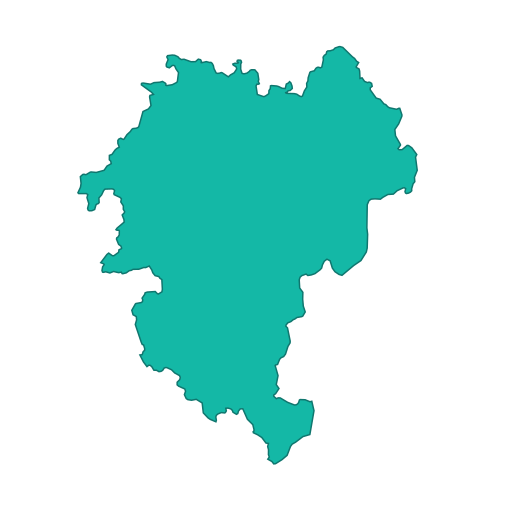 map outline of Thüringen (Albers equal-area conic projection), rotated 84°
{"feature_id": "DEU-1577", "entity_name": "Thüringen", "entity_type": "State", "adm_level": 1, "iso_a3": "DEU", "parent_name": "Germany", "parent_adm1": "", "projection": "albers", "projection_center": [10.909, 50.922], "detail": "fine", "context": "isolated", "style": "filled", "palette": "teal", "viewbox_px": 512, "rotation_deg": 84, "n_neighbors": 0, "source": "natural_earth", "source_scale": "10m", "svg_char_len": 5980}
<svg xmlns="http://www.w3.org/2000/svg" viewBox="0 0 512 512"><g transform="rotate(84 256 256)"><path d="M60.2,164.3L59.5,163.1L59.7,160.9L59.0,157.5L57.4,155.6L56.5,151.6L56.5,150.6L57.6,147.9L68.0,139.3L69.8,137.3L72.8,135.6L74.3,133.7L78.3,136.6L79.0,136.5L80.7,134.0L82.9,133.6L90.3,134.0L89.9,131.9L93.7,129.8L95.2,127.0L94.9,125.5L95.2,124.5L96.4,123.0L99.4,122.7L100.7,124.8L102.7,125.0L111.5,120.0L113.1,116.2L118.1,112.9L119.0,111.1L121.4,109.3L122.5,107.9L124.8,100.8L124.0,98.5L124.1,97.6L131.0,96.1L132.4,96.4L139.5,100.3L144.7,104.7L151.1,104.7L160.2,100.7L161.0,100.8L164.1,103.6L165.3,102.5L165.5,99.6L161.8,94.1L162.1,92.7L164.7,89.7L171.9,85.5L174.3,87.0L187.6,86.7L194.3,90.2L198.7,90.3L200.6,92.2L205.5,94.2L207.4,94.3L208.6,95.7L209.4,97.7L209.6,99.9L209.0,100.7L207.6,101.1L204.7,100.1L203.6,101.3L203.7,102.7L205.8,108.8L208.8,112.9L208.6,118.4L210.9,123.7L212.5,126.3L211.6,131.7L211.5,135.5L212.7,137.8L216.6,140.0L239.7,142.8L246.0,142.7L259.8,144.6L263.6,145.9L271.5,152.1L275.6,159.7L284.2,172.5L283.0,175.4L279.9,179.1L276.1,181.3L268.5,182.8L266.6,185.8L268.3,188.6L271.7,190.8L274.9,192.0L276.4,193.7L279.7,199.2L280.6,203.0L280.8,206.5L279.2,208.1L280.3,212.5L281.7,214.4L284.2,215.5L292.4,215.9L297.0,213.2L303.9,214.1L310.8,214.2L316.8,212.9L320.7,215.8L321.1,216.9L321.4,221.6L322.7,223.9L323.2,225.6L324.9,228.2L325.8,231.4L327.8,233.3L328.9,233.7L330.8,232.2L344.2,230.9L346.0,231.2L349.3,233.7L356.6,236.9L358.9,239.0L359.8,241.7L361.2,243.3L366.1,245.9L366.5,248.0L366.9,248.4L377.3,246.6L386.0,249.3L390.2,247.0L395.0,250.9L396.1,252.9L397.4,253.0L400.0,250.7L399.4,248.7L399.7,246.7L404.8,239.9L408.2,233.3L408.2,231.6L407.5,230.1L406.2,228.9L403.8,227.9L403.4,227.1L404.1,222.2L406.6,217.5L406.3,215.7L415.9,214.5L439.2,221.1L440.5,228.2L445.3,236.1L446.9,239.7L449.0,241.6L457.5,245.9L461.3,251.5L464.6,258.3L464.6,260.1L462.1,261.6L459.3,265.5L457.3,263.8L454.9,264.4L450.0,263.8L446.7,264.3L443.7,263.2L443.1,265.6L437.1,269.2L434.0,273.0L431.5,277.1L430.5,277.2L430.4,276.7L428.8,276.1L423.4,276.8L417.5,281.6L406.6,285.1L406.4,287.6L408.3,289.6L410.8,290.6L411.4,292.0L409.0,295.2L407.0,295.7L405.4,297.1L404.3,299.8L404.3,302.0L406.9,301.7L408.5,302.8L408.8,303.6L408.1,306.9L409.1,310.3L410.2,312.0L411.8,312.8L415.3,312.6L416.7,313.2L413.7,318.6L412.0,320.6L406.5,324.8L396.5,324.9L392.3,330.4L392.7,335.2L391.7,338.9L390.5,340.3L386.4,341.7L383.2,340.2L380.8,340.7L377.5,346.4L375.9,347.9L373.3,347.6L371.2,345.0L370.1,344.4L368.7,344.0L366.9,344.6L363.8,349.1L360.3,351.9L357.7,356.3L357.5,357.5L357.8,359.0L360.0,360.8L360.8,362.5L360.9,364.6L359.3,366.8L358.9,369.5L355.4,371.1L353.7,372.6L353.4,374.0L354.6,376.0L349.6,379.0L342.3,381.8L342.2,379.5L339.3,378.2L338.1,376.6L336.3,376.4L332.7,377.1L332.1,378.4L329.5,379.2L311.5,383.2L307.0,381.4L303.7,381.4L301.6,384.4L297.0,385.2L291.1,381.0L290.7,380.4L290.3,374.9L289.5,373.7L287.8,373.2L286.0,373.7L282.5,370.7L281.0,370.1L280.5,367.9L280.8,359.9L283.1,358.1L283.6,357.1L281.8,353.3L279.3,352.6L269.6,352.1L268.2,353.8L266.3,354.8L265.0,358.4L261.9,360.4L259.0,361.1L254.8,363.2L256.0,367.0L255.7,368.8L256.9,373.9L256.4,379.7L257.2,381.4L257.4,383.7L259.2,386.8L259.7,390.3L259.5,391.0L258.0,391.6L258.2,394.4L256.5,399.3L257.6,403.1L256.0,407.1L256.3,409.4L256.0,410.3L254.3,410.7L250.8,409.7L248.7,407.9L247.9,408.3L246.4,411.1L238.9,404.1L237.7,402.2L240.7,398.8L240.9,397.4L238.0,392.3L235.5,391.6L234.7,389.2L234.2,388.8L232.0,389.3L230.1,391.4L224.6,393.0L223.4,392.6L222.7,391.3L220.8,389.8L216.7,389.3L216.1,389.6L215.8,391.7L215.2,392.5L213.7,391.2L208.5,383.6L206.1,383.5L201.2,384.8L199.2,382.4L198.0,382.0L195.7,383.1L192.2,382.7L188.1,384.8L185.0,383.9L183.5,385.1L180.2,390.6L179.2,390.9L176.1,389.8L174.8,390.7L174.2,392.1L173.7,399.2L174.9,400.6L179.0,403.1L181.9,406.2L186.4,406.4L187.3,407.2L187.8,409.0L188.6,409.9L192.9,411.6L193.8,414.5L193.6,417.2L192.7,418.2L191.0,418.5L186.4,416.8L180.3,418.0L177.3,416.9L176.2,418.2L175.4,425.8L174.5,426.5L169.3,423.4L165.6,422.4L158.7,422.4L156.8,419.7L156.7,418.5L157.3,417.1L157.2,416.2L155.3,412.1L155.2,411.2L156.2,406.1L154.9,398.1L151.0,394.8L149.0,390.3L146.4,390.6L145.0,391.8L140.6,391.3L139.9,388.6L135.9,385.1L134.6,383.3L133.4,380.6L129.6,381.6L126.7,381.3L125.5,380.4L124.7,378.2L126.0,376.2L126.2,375.7L125.8,374.9L121.8,371.6L119.1,368.0L117.0,366.2L116.4,365.0L116.4,361.7L115.8,359.8L115.0,359.0L100.5,353.3L98.5,347.6L95.4,344.7L86.6,345.2L85.2,344.7L84.6,341.1L82.1,342.9L73.8,352.1L72.6,351.9L72.2,351.3L72.3,349.7L74.1,343.0L72.9,339.3L73.1,333.5L72.6,330.8L74.6,328.1L75.5,327.6L76.7,327.9L77.2,326.9L76.9,321.4L75.3,317.2L74.4,316.0L65.5,313.9L61.4,316.1L58.4,317.0L57.8,318.0L57.8,319.3L59.8,322.5L58.8,324.8L57.8,325.4L55.8,325.2L51.5,322.9L48.7,323.9L47.5,323.0L47.4,318.2L47.9,315.8L49.7,312.8L51.4,311.6L52.8,309.8L52.8,307.0L56.0,300.3L56.4,295.9L54.2,292.8L55.0,290.6L56.9,289.9L57.9,290.3L58.1,289.8L57.5,285.1L58.7,281.9L58.7,280.6L59.9,279.4L62.2,278.5L65.2,278.2L69.8,276.5L70.3,275.6L70.4,273.3L69.9,271.4L70.3,270.4L74.9,264.8L73.2,262.4L71.5,258.5L67.9,255.6L65.8,256.0L63.7,258.7L62.7,259.0L62.1,257.1L62.3,254.3L62.1,253.5L61.7,253.3L60.5,254.5L59.5,254.1L59.3,253.3L59.6,251.1L60.0,250.5L61.8,250.1L63.4,251.1L68.6,251.7L72.9,250.8L73.6,248.9L73.2,245.9L71.7,243.3L70.7,242.4L70.3,241.0L70.7,237.7L74.5,235.1L80.9,234.8L82.5,235.5L85.0,234.7L85.4,235.5L85.2,237.1L86.8,238.2L95.5,237.8L98.2,232.0L98.3,231.2L97.7,229.5L95.9,226.3L92.8,225.8L91.0,224.3L88.3,223.8L88.1,222.9L89.1,217.6L89.9,215.7L91.9,212.5L92.5,209.4L88.2,207.9L87.3,205.7L86.1,204.4L87.3,203.3L90.7,202.4L93.2,202.4L95.0,204.8L95.0,206.7L96.2,207.8L96.6,209.4L96.9,209.3L97.5,208.3L98.5,201.0L99.3,198.6L101.6,195.8L102.2,194.2L101.8,193.1L96.8,190.6L93.3,187.8L89.6,187.6L87.4,186.1L84.2,185.5L79.0,183.2L78.5,182.5L77.9,178.7L75.6,176.8L74.8,175.3L74.8,174.1L75.6,172.2L75.0,170.8L68.0,168.5L65.3,168.5L63.6,167.1L62.5,165.1L60.2,164.3Z" fill="#14b8a6" stroke="#0f766e" stroke-width="1.5"/></g></svg>